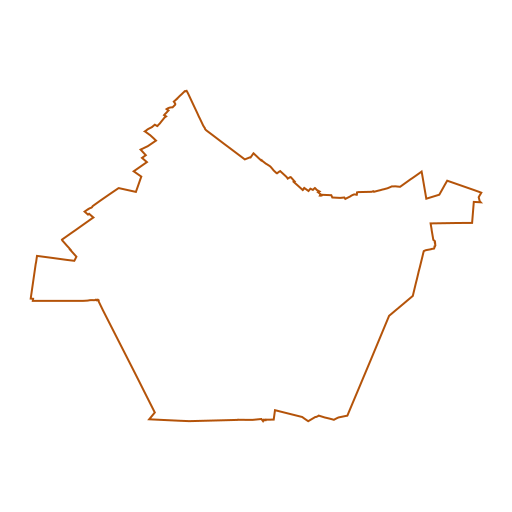 outline of Hilvarenbeek, Noord-Brabant, Netherlands
{"feature_id": "6326949B90025582046191", "entity_name": "Hilvarenbeek", "entity_type": "district", "adm_level": 2, "iso_a3": "NLD", "parent_name": "Netherlands", "parent_adm1": "Noord-Brabant", "projection": "robinson", "projection_center": [5.159, 51.487], "detail": "fine", "context": "isolated", "style": "outline", "palette": "amber", "viewbox_px": 512, "rotation_deg": 0, "n_neighbors": 0, "source": "geoboundaries", "source_scale": "gbopen_adm2", "svg_char_len": 5414}
<svg xmlns="http://www.w3.org/2000/svg" viewBox="0 0 512 512"><path d="M32.8,300.9L44.0,300.9L83.1,300.9L83.8,300.8L84.3,300.8L85.9,300.7L86.7,300.7L88.2,300.5L89.3,300.3L89.7,300.2L90.2,300.2L90.9,300.1L91.5,300.1L92.7,300.1L93.5,300.2L94.2,300.2L94.8,300.1L95.3,300.0L95.6,299.9L95.9,299.7L96.4,300.1L96.5,300.3L96.8,300.3L97.0,300.1L97.0,299.9L97.6,299.9L97.8,299.8L97.9,299.7L98.1,299.8L98.5,300.1L98.7,300.3L98.7,300.5L98.6,300.9L98.5,301.1L102.8,310.0L108.4,321.0L132.6,368.5L139.4,381.9L144.0,391.1L154.8,412.5L149.2,419.3L180.6,420.8L180.9,420.8L188.0,421.1L191.1,421.1L210.7,420.6L237.5,419.9L237.9,419.7L238.0,419.8L240.7,419.8L252.4,419.9L261.4,419.0L263.0,421.1L263.1,420.9L263.7,420.7L263.9,420.5L263.9,420.2L263.6,419.9L263.7,419.7L264.0,419.7L264.4,419.7L265.0,420.0L265.3,420.2L265.5,420.2L265.5,419.8L265.6,419.6L265.9,419.5L266.3,419.5L266.6,419.5L266.8,419.3L266.8,419.0L266.9,419.3L266.9,419.7L273.2,419.6L273.7,419.6L275.0,410.2L299.0,416.2L302.2,417.0L304.4,418.6L308.2,421.2L313.1,418.3L315.3,417.0L316.4,416.9L317.6,416.3L318.2,416.0L318.7,415.6L321.6,416.5L324.8,417.5L326.6,417.9L329.9,418.7L331.8,419.2L333.9,419.8L334.4,419.5L336.1,418.6L337.7,417.8L338.7,417.4L340.2,417.1L344.1,416.3L345.5,416.0L347.3,415.7L347.5,415.4L348.5,412.9L358.8,388.4L360.9,383.4L361.6,381.7L371.1,359.1L389.1,315.8L412.1,296.5L412.8,295.9L415.9,283.0L416.9,279.1L418.4,272.8L418.6,271.8L419.8,267.3L422.4,256.7L423.4,252.5L423.8,251.1L425.5,250.3L426.8,250.0L430.7,249.3L430.9,249.2L431.1,249.2L431.3,249.0L434.0,248.6L434.2,248.2L434.4,247.5L434.5,246.5L434.9,246.5L435.4,245.2L435.3,244.9L434.9,242.9L435.1,242.9L434.9,241.2L433.3,239.8L432.9,237.4L431.7,230.4L431.5,228.7L430.8,224.7L430.6,223.4L431.1,223.4L443.7,223.2L450.1,223.1L456.6,223.0L472.1,222.9L473.8,201.9L480.7,202.3L479.7,201.2L478.7,197.2L479.1,196.5L479.4,195.9L479.9,195.0L480.2,194.6L481.3,192.7L479.2,191.9L473.9,190.0L456.4,183.9L447.2,180.7L444.6,185.2L443.4,187.4L439.3,194.7L426.3,198.7L422.0,173.6L421.6,171.6L421.1,172.0L420.6,172.3L419.8,172.9L416.4,175.3L414.7,176.5L412.1,178.3L410.7,179.2L400.1,186.8L397.0,186.5L395.4,186.3L393.7,186.4L392.2,186.4L391.8,186.4L390.5,187.0L387.9,188.1L387.7,188.2L386.3,188.6L385.5,188.8L385.3,188.8L385.1,188.9L384.5,189.1L382.2,189.6L380.6,190.1L377.3,190.9L376.2,191.2L375.1,191.5L374.9,191.5L374.0,191.8L373.6,191.3L373.4,191.2L372.7,191.4L372.4,191.5L372.0,191.7L371.7,191.8L358.4,192.1L357.0,192.4L357.0,193.3L356.9,194.3L356.8,194.8L356.7,194.8L356.1,194.7L355.1,194.4L354.9,194.4L354.7,194.4L353.8,194.5L353.4,194.7L352.4,195.1L350.9,195.9L350.7,196.1L350.5,196.3L345.3,198.9L344.3,197.5L340.5,197.9L340.0,197.9L332.3,197.5L331.3,195.2L322.0,194.8L321.8,195.2L321.8,195.4L320.9,195.7L320.0,195.6L320.2,195.3L320.5,195.2L320.2,194.6L320.4,194.1L318.0,192.2L318.7,191.8L319.0,191.6L319.4,191.4L316.7,189.9L315.2,188.2L314.9,188.0L314.3,188.5L312.9,189.9L310.4,188.7L308.5,191.0L304.2,187.9L304.1,188.0L303.9,188.4L303.9,188.6L303.8,188.8L303.7,188.8L303.4,189.0L303.2,189.2L303.2,189.3L303.2,189.6L303.1,189.8L302.8,189.9L302.7,190.0L302.6,189.9L298.3,186.0L293.7,181.9L294.2,181.6L294.6,181.4L294.1,180.9L292.2,178.7L290.7,177.1L290.3,177.1L287.7,178.6L287.3,177.9L286.8,177.3L286.4,176.8L280.4,171.3L280.2,171.1L279.7,171.4L279.4,171.5L278.9,171.9L277.0,173.3L276.6,173.0L276.4,173.0L273.7,170.5L273.3,170.0L272.0,168.4L270.7,166.9L270.3,166.5L270.0,166.3L269.8,166.1L269.5,165.9L266.5,164.0L265.9,163.7L261.8,160.5L261.7,160.3L261.4,160.6L261.1,160.4L261.0,160.2L260.9,160.2L258.7,158.2L256.1,155.7L255.5,155.2L254.9,154.6L254.0,153.7L253.5,153.3L251.8,155.7L250.6,157.4L250.3,157.2L244.8,159.4L231.4,149.3L223.9,143.7L212.6,135.1L207.4,131.2L206.5,130.5L205.8,129.9L205.0,128.9L204.9,128.7L204.9,128.2L204.0,126.9L203.1,125.4L201.7,122.4L199.5,117.8L199.0,116.9L197.2,112.9L193.7,105.5L188.5,94.4L187.9,93.2L187.3,92.0L187.1,91.8L186.6,90.8L185.1,91.2L184.9,91.2L184.9,91.3L184.7,91.3L184.5,91.5L183.0,92.9L181.8,94.1L179.9,95.8L178.1,97.6L175.7,99.9L175.8,99.9L173.8,101.6L175.0,103.3L175.2,103.7L175.3,104.1L175.2,104.6L175.0,104.9L172.6,107.3L172.3,107.3L170.9,107.4L170.4,107.5L169.3,107.7L168.7,108.0L168.1,108.2L167.4,108.6L166.6,109.1L168.5,110.5L167.9,111.1L167.3,111.7L166.7,112.4L165.0,114.1L164.1,115.1L166.1,116.4L164.5,117.6L162.5,120.1L162.0,120.7L160.8,122.2L159.9,123.4L159.4,123.9L158.7,124.6L158.3,125.0L157.9,125.4L157.6,125.9L157.3,126.1L155.9,125.3L154.8,124.7L152.5,126.6L152.3,126.9L152.1,126.9L151.4,127.4L151.0,127.6L150.5,127.8L149.6,128.3L149.4,128.4L148.8,128.7L148.4,128.9L147.6,129.4L146.9,129.9L146.7,130.1L146.5,130.3L146.0,130.6L145.5,130.9L145.2,131.2L144.9,131.4L145.1,131.5L147.0,132.9L148.7,134.1L149.3,134.6L150.1,135.1L151.3,136.2L152.4,137.2L153.4,138.1L156.0,140.6L147.9,146.1L140.6,149.6L145.8,155.2L142.0,157.9L146.9,162.1L133.7,171.3L141.3,176.6L140.5,178.8L137.6,187.1L136.1,191.3L135.9,191.9L119.2,188.2L118.8,188.1L118.6,188.1L109.9,194.0L100.5,200.5L95.9,203.8L95.6,204.0L93.4,205.6L92.7,206.1L92.5,206.4L92.0,207.2L91.5,207.6L90.5,208.0L89.6,208.3L88.3,209.2L88.2,209.1L84.6,211.6L88.0,214.6L89.1,213.8L93.4,217.5L90.9,219.2L80.9,226.3L75.0,230.5L74.7,230.7L70.5,233.6L61.3,240.1L61.8,239.9L65.1,243.6L65.6,244.2L67.1,245.9L68.8,247.7L70.5,249.7L70.2,249.8L76.4,256.7L74.7,260.1L74.3,260.8L66.8,259.9L52.2,257.9L37.0,255.9L36.1,262.1L35.7,264.0L30.7,298.6L33.1,298.8L32.8,300.9Z" fill="none" stroke="#b45309" stroke-width="2"/></svg>